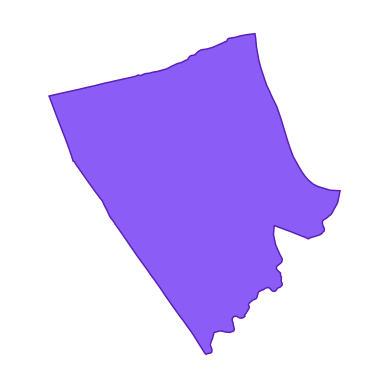 outline of Thi xa Hong Ngu, Ðong Tháp, Vietnam, rotated 183°
{"feature_id": "81297802B45020933584847", "entity_name": "Thi xa Hong Ngu", "entity_type": "district", "adm_level": 2, "iso_a3": "VNM", "parent_name": "Vietnam", "parent_adm1": "Ðong Tháp", "projection": "mercator", "projection_center": [105.358, 10.825], "detail": "fine", "context": "isolated", "style": "filled", "palette": "violet", "viewbox_px": 384, "rotation_deg": 183, "n_neighbors": 0, "source": "geoboundaries", "source_scale": "gbopen_adm2", "svg_char_len": 4222}
<svg xmlns="http://www.w3.org/2000/svg" viewBox="0 0 384 384"><g transform="rotate(183 192 192)"><path d="M137.4,353.4L144.9,352.1L151.4,350.6L156.3,348.9L163.4,347.3L164.5,346.5L164.8,345.5L164.8,344.7L179.2,337.4L184.6,335.6L190.1,334.5L193.0,332.8L196.1,329.5L197.0,328.7L198.4,328.6L200.0,328.2L201.5,327.2L202.8,324.9L203.4,324.1L205.7,322.9L209.3,320.8L213.6,319.4L219.2,316.3L224.1,313.5L228.4,312.1L233.4,310.4L235.7,310.0L238.8,309.1L240.8,308.4L243.1,308.1L245.4,307.6L248.1,306.2L249.0,305.6L251.9,306.0L254.2,304.7L254.3,304.6L268.7,300.6L285.7,295.9L295.3,292.9L301.8,291.1L313.2,287.8L328.8,283.5L339.6,280.4L339.8,280.3L338.6,277.8L333.3,265.5L327.8,253.1L324.4,245.6L321.2,238.5L318.0,231.1L314.5,222.5L312.4,216.7L311.0,216.0L309.1,213.2L304.2,206.9L295.5,195.8L289.4,188.2L287.4,185.8L282.9,180.5L280.9,178.2L279.1,174.5L275.9,169.1L273.6,164.7L272.1,162.1L270.3,160.2L268.4,157.9L266.9,155.7L263.3,151.2L259.8,146.7L245.8,128.4L242.2,123.8L234.8,114.7L234.4,114.3L227.7,105.6L224.8,102.2L224.0,101.1L220.4,96.6L216.9,92.1L213.6,87.6L210.1,83.1L209.0,81.7L206.6,78.6L203.0,74.1L199.5,69.7L195.9,65.3L193.6,62.7L192.3,60.9L188.6,56.3L184.9,51.7L181.7,47.3L178.6,42.8L175.5,38.4L171.0,32.0L170.4,31.4L169.9,30.9L169.4,30.6L169.1,30.9L168.5,31.2L167.5,31.6L165.9,31.9L164.9,32.3L164.0,33.0L163.8,34.2L163.8,35.1L164.3,37.0L164.7,37.9L165.2,38.8L165.5,39.4L165.6,39.8L165.6,40.9L165.5,41.7L165.3,42.6L164.9,44.0L164.4,45.4L164.0,46.0L163.8,47.2L163.6,48.3L163.1,50.4L162.9,51.7L162.8,52.2L162.6,52.6L162.4,52.8L161.8,53.1L160.5,53.5L159.1,54.0L157.3,54.6L156.3,54.7L155.5,54.7L154.6,54.6L154.1,54.5L152.4,54.1L151.0,53.9L146.9,53.8L143.9,54.9L142.9,55.7L142.6,57.3L143.1,59.2L143.6,61.0L144.6,64.8L145.0,65.4L145.1,66.0L145.2,66.6L145.1,67.8L144.8,68.5L144.1,69.3L143.5,69.8L142.8,70.1L141.9,70.2L141.4,70.2L140.9,70.1L140.3,69.9L139.7,69.5L138.8,69.1L137.9,68.8L137.0,68.6L136.0,68.6L135.2,68.8L134.2,69.3L133.5,69.8L133.0,70.3L132.6,70.6L133.0,71.5L133.0,71.8L131.7,73.7L130.7,75.6L130.2,76.4L129.6,77.6L128.8,79.3L128.8,80.8L129.5,81.7L129.7,82.5L129.6,83.2L128.7,84.4L127.0,86.0L125.4,87.4L124.3,87.9L122.4,88.9L121.7,90.0L121.6,90.7L121.4,91.5L121.2,92.2L121.1,92.8L120.9,93.8L120.7,94.3L120.6,94.8L120.4,95.5L120.1,95.9L119.9,96.0L119.5,96.2L118.8,96.6L118.0,97.1L117.6,97.6L117.1,97.6L116.1,97.9L115.0,98.7L114.6,99.1L113.8,99.6L112.7,100.1L112.1,100.3L111.5,100.5L111.0,100.7L109.6,100.1L109.1,99.8L108.6,99.4L108.2,98.9L107.5,98.0L106.6,97.4L105.8,97.1L105.0,97.1L104.0,97.2L103.1,97.9L102.5,98.8L101.8,100.0L101.7,100.1L101.3,100.5L100.7,100.8L99.7,101.3L98.9,101.7L97.8,102.9L97.1,103.7L97.1,104.9L97.4,105.9L97.9,106.8L98.0,107.1L98.3,107.8L98.4,108.4L98.3,109.2L98.2,110.6L98.3,111.7L98.7,112.6L99.2,113.7L99.4,114.3L99.3,115.6L99.7,116.0L101.5,117.4L103.1,119.0L103.5,119.7L103.7,120.6L103.7,121.2L103.6,121.9L103.0,122.7L101.1,124.3L99.2,126.1L98.4,127.8L98.3,129.4L98.7,130.5L101.0,134.3L103.8,139.8L105.1,142.3L106.1,144.7L106.7,147.4L107.1,148.7L107.8,151.5L108.2,152.9L108.4,154.4L108.4,155.1L108.3,157.2L108.1,162.6L106.9,162.5L106.5,162.3L105.5,162.0L103.9,161.5L102.6,161.1L96.6,159.2L91.0,157.5L89.9,157.1L84.9,155.4L80.4,153.9L79.2,153.5L77.3,152.9L74.0,151.6L73.2,151.3L72.7,151.8L72.1,152.1L71.3,152.5L70.5,152.8L69.7,153.2L68.0,153.7L66.8,154.1L65.8,154.5L64.5,155.0L63.6,155.4L62.7,155.7L61.7,156.2L61.1,156.6L60.5,157.0L59.9,157.7L59.5,158.2L59.0,158.9L58.4,159.6L58.0,159.9L57.9,160.4L57.9,161.0L57.9,161.7L58.0,162.3L58.4,163.4L58.7,164.0L59.4,165.2L59.7,165.7L59.9,166.5L60.1,167.1L60.2,167.6L60.2,168.2L60.2,168.9L60.1,169.4L59.9,170.0L59.6,170.5L59.2,171.0L58.2,171.7L57.7,172.0L56.5,172.8L56.0,173.2L55.5,173.5L55.1,174.0L54.9,174.3L54.2,175.0L53.0,175.9L52.1,176.7L51.0,178.5L50.2,180.2L49.0,182.8L48.0,184.8L46.7,187.3L45.9,189.7L45.8,190.1L44.2,201.0L44.8,201.0L47.4,201.0L50.2,201.0L54.1,201.0L61.1,202.7L67.2,204.3L68.7,205.0L71.7,206.4L76.3,209.9L79.7,213.3L83.0,217.4L86.2,222.2L91.5,230.6L92.7,232.5L96.0,240.1L96.5,241.2L99.6,249.3L107.2,270.4L111.9,281.9L116.3,289.7L118.2,293.3L119.7,296.4L122.8,302.0L125.0,307.4L129.8,319.7L132.0,326.6L134.8,338.3L135.2,340.1L135.7,343.6L136.6,349.7L137.4,353.4Z" fill="#8b5cf6" stroke="#5b21b6" stroke-width="1.5"/></g></svg>